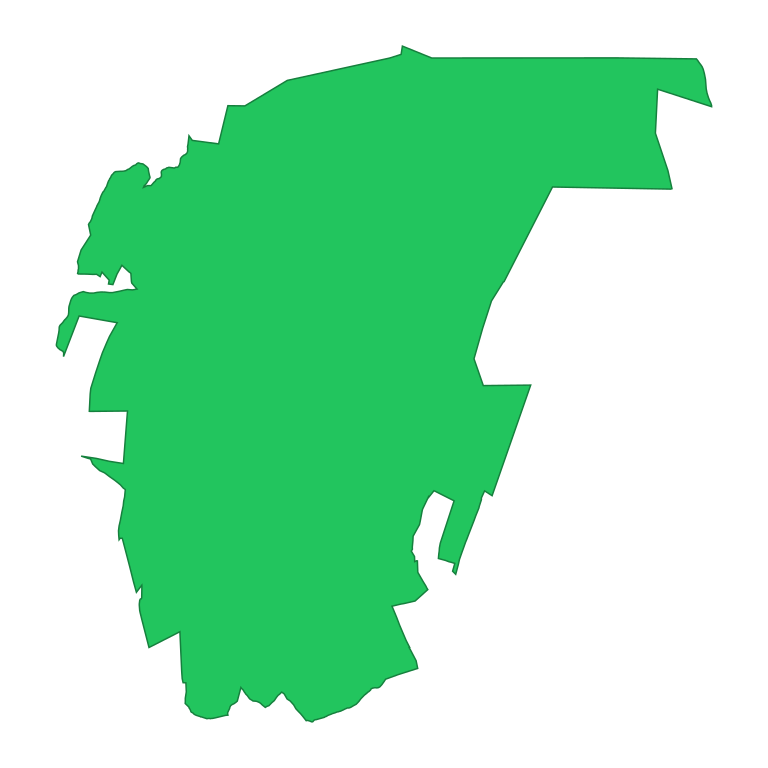 Acacoyagua, Chiapas, Mexico (Equal Earth projection)
{"feature_id": "50627088B49299512853097", "entity_name": "Acacoyagua", "entity_type": "district", "adm_level": 2, "iso_a3": "MEX", "parent_name": "Mexico", "parent_adm1": "Chiapas", "projection": "equal_earth", "projection_center": [-92.715, 15.405], "detail": "fine", "context": "isolated", "style": "filled", "palette": "green", "viewbox_px": 768, "rotation_deg": 0, "n_neighbors": 0, "source": "geoboundaries", "source_scale": "gbopen_adm2", "svg_char_len": 6005}
<svg xmlns="http://www.w3.org/2000/svg" viewBox="0 0 768 768"><path d="M227.9,715.2L227.6,713.3L227.9,712.0L228.5,710.9L229.0,709.7L229.6,708.6L229.8,707.4L230.7,705.6L232.5,704.3L233.2,704.1L234.3,703.5L234.8,703.1L235.7,702.5L237.3,701.1L240.9,687.5L241.9,688.8L242.7,689.4L243.6,690.7L244.4,692.1L245.2,693.1L245.6,693.9L247.3,695.6L249.3,698.4L250.1,699.2L251.6,700.0L253.0,701.0L254.5,701.1L255.0,701.1L256.8,701.4L259.0,702.3L260.0,702.9L260.8,703.5L262.2,704.9L265.3,707.4L267.0,706.3L268.9,705.7L271.8,702.7L274.3,700.6L276.5,697.3L278.1,695.3L279.7,694.1L281.7,692.1L284.2,693.9L287.1,699.0L290.2,701.0L293.7,704.9L295.9,708.8L298.6,711.7L300.5,713.6L302.6,716.1L306.2,720.7L307.0,720.4L308.2,720.6L309.9,721.1L311.2,721.7L312.0,721.9L312.8,721.7L314.1,720.2L315.1,719.7L316.0,719.7L324.5,717.3L325.2,716.7L326.4,716.4L327.9,715.4L331.1,714.2L332.4,713.6L335.1,712.8L337.0,712.0L338.4,711.8L339.5,711.4L340.7,711.1L341.9,710.5L342.9,710.1L344.8,709.1L347.6,707.9L348.8,708.0L349.8,707.7L350.8,707.3L353.8,705.5L356.1,704.3L357.6,702.8L359.0,701.3L360.6,699.1L361.7,697.9L362.4,697.2L364.8,694.7L365.7,694.3L366.0,693.6L367.1,693.0L367.5,692.4L368.7,691.7L369.3,691.2L369.9,690.6L370.5,690.1L371.1,688.9L372.4,688.2L374.9,687.7L376.9,687.9L378.5,687.6L379.9,686.8L381.9,684.6L384.1,681.5L385.6,679.2L398.2,674.6L417.7,668.4L416.1,660.7L410.3,649.6L409.2,647.7L409.7,647.5L406.1,640.4L399.7,625.4L396.7,617.5L392.0,606.2L400.7,604.1L403.8,603.6L415.1,601.0L427.8,589.6L426.8,588.0L425.9,586.1L422.9,581.2L417.8,572.3L417.4,560.9L416.5,560.8L414.7,561.6L414.6,558.4L414.5,556.5L411.3,551.1L412.4,549.3L412.3,547.2L412.9,540.8L413.1,536.2L419.5,524.6L420.3,520.8L422.3,510.1L422.7,508.9L428.5,496.8L428.7,497.3L434.0,490.7L454.1,500.8L440.3,543.1L439.4,547.9L439.2,551.1L438.8,553.9L438.4,558.5L445.4,560.4L449.1,561.8L450.9,562.2L454.8,563.4L452.6,571.2L455.7,574.3L458.3,564.6L459.5,559.3L462.2,551.6L463.3,548.6L465.6,542.1L466.5,540.0L468.6,534.5L474.2,520.1L475.6,516.2L478.9,508.0L479.3,506.2L481.4,499.7L481.4,497.9L484.6,490.9L492.1,495.7L530.7,385.1L483.3,385.6L474.0,358.8L482.7,328.1L491.5,300.9L503.3,282.0L504.1,281.6L552.5,187.0L670.7,189.1L672.0,188.7L667.9,170.5L655.4,133.2L657.6,89.2L711.6,106.7L711.6,105.5L710.8,103.0L709.5,100.3L708.4,97.5L707.0,93.0L706.2,88.8L705.5,79.4L704.4,73.7L703.2,69.2L702.1,66.7L700.9,64.9L699.2,62.7L697.8,60.6L696.4,58.9L617.4,57.9L431.7,58.0L402.4,46.1L401.1,54.4L389.4,58.1L287.3,80.4L244.9,105.9L227.9,105.7L218.6,143.9L192.3,140.4L189.0,135.8L188.0,144.3L187.5,146.7L187.7,148.1L187.6,149.9L187.7,150.9L187.4,152.0L187.0,152.9L186.3,153.9L185.7,154.1L185.4,154.5L184.9,154.8L183.8,155.2L181.8,156.9L181.0,157.9L180.5,158.8L180.2,162.4L179.9,163.2L179.5,164.6L179.0,165.6L178.4,166.4L177.7,167.3L175.8,167.2L174.3,168.1L172.9,167.8L168.9,167.3L168.1,167.6L166.8,167.9L166.1,168.4L165.6,168.9L163.6,169.4L163.3,169.7L162.5,170.0L161.8,170.7L161.5,171.3L161.2,172.1L161.5,174.9L161.4,175.7L161.4,176.5L160.9,177.1L160.4,177.6L158.9,178.7L158.3,178.6L156.9,179.1L156.3,179.7L155.6,180.3L155.3,181.2L154.0,182.2L151.2,185.5L150.6,185.6L148.3,185.6L147.5,185.6L144.4,187.0L143.5,187.4L144.3,185.5L145.3,184.8L146.1,183.8L146.7,183.0L147.6,181.5L149.5,178.7L150.0,177.7L149.9,176.8L149.6,175.9L148.6,171.4L148.2,168.5L147.5,167.6L146.4,166.5L143.1,164.0L142.3,163.8L140.1,163.5L139.3,163.1L138.2,162.9L137.5,163.3L136.8,163.7L135.8,164.8L134.9,165.2L134.0,165.4L132.4,166.3L129.2,168.9L127.8,169.4L127.0,169.9L125.8,170.7L124.8,170.9L123.3,171.2L121.5,171.3L120.3,171.3L115.7,171.6L114.8,172.0L114.0,172.6L113.5,173.3L112.7,174.2L111.9,174.9L111.2,176.0L110.7,177.3L110.1,178.2L109.7,178.7L109.3,179.8L108.5,181.0L107.5,183.7L107.0,185.2L106.6,186.5L105.8,187.6L103.9,191.1L102.9,192.1L102.2,193.5L101.4,195.1L100.3,197.9L99.5,200.8L98.8,202.5L98.1,203.6L96.9,205.9L96.4,207.3L95.6,208.9L92.4,215.9L91.9,218.4L91.0,220.4L90.6,221.2L90.0,222.2L89.2,223.1L88.7,224.2L88.5,224.5L90.7,235.1L81.1,250.0L77.5,261.8L78.5,265.6L78.5,266.8L78.5,268.8L78.1,270.1L78.1,271.3L77.6,273.5L78.4,274.0L86.9,274.1L92.9,274.4L96.6,274.3L100.1,276.6L102.0,272.1L109.2,280.2L108.5,284.0L112.9,284.6L117.0,274.1L121.9,265.3L129.1,272.0L130.1,272.6L130.9,273.5L131.4,281.1L131.5,281.9L131.8,283.1L137.0,289.1L132.5,289.9L127.3,289.5L123.5,290.3L119.7,291.2L112.5,292.6L109.5,292.6L104.9,292.1L101.1,292.0L96.9,292.4L93.6,293.1L89.8,293.1L85.9,292.4L83.3,291.6L79.0,292.9L76.1,294.6L73.9,295.4L72.4,297.2L71.6,298.5L70.8,300.4L69.0,306.5L68.9,307.4L68.8,308.2L68.7,312.5L68.5,314.1L68.3,315.3L68.0,315.8L67.5,316.5L67.2,317.2L66.0,318.5L65.7,319.0L65.0,319.5L63.7,321.1L62.8,322.5L60.1,325.2L59.6,326.1L59.3,326.8L59.2,327.6L59.1,330.1L58.7,332.9L56.4,344.4L56.4,345.4L56.6,346.0L57.8,347.7L58.4,348.3L59.5,349.2L60.0,349.7L60.9,350.1L62.0,350.8L62.9,351.3L63.6,352.6L63.7,353.7L63.5,356.6L79.1,316.0L117.2,322.7L109.5,336.4L106.9,342.2L102.4,352.8L100.1,359.4L95.8,372.3L90.8,388.3L90.2,393.8L90.0,397.7L89.3,411.3L90.0,411.4L127.5,411.0L123.4,463.5L109.3,461.3L96.3,458.4L81.1,456.1L87.6,458.2L90.6,459.0L92.7,464.0L95.3,466.6L99.7,470.6L104.5,472.8L109.5,476.6L114.5,480.1L120.4,484.8L123.3,488.1L125.3,489.5L124.6,497.0L123.7,501.0L123.2,505.9L121.9,512.0L120.3,520.7L119.1,525.9L118.5,530.7L118.7,535.3L119.1,539.7L120.2,538.2L122.3,538.3L129.7,566.6L131.9,575.4L133.6,582.2L136.4,592.3L141.8,585.2L141.9,586.3L141.7,597.4L141.7,597.7L141.7,597.9L141.2,598.8L140.4,599.0L140.0,599.7L139.7,600.4L139.6,601.3L139.3,603.9L139.3,605.4L139.7,610.6L139.9,611.4L140.1,612.5L140.9,615.7L141.7,619.0L149.0,647.5L179.9,631.7L181.7,671.4L182.2,678.7L183.1,682.7L185.9,682.8L186.3,691.9L185.3,698.2L185.3,701.7L185.2,703.5L187.8,706.0L189.0,707.3L189.3,708.4L189.9,709.1L190.2,709.6L191.0,711.8L191.4,712.2L192.7,712.8L194.2,714.3L196.2,715.3L200.6,716.7L200.8,716.9L201.0,716.8L201.7,717.0L206.9,718.7L208.1,718.5L208.9,718.4L209.7,718.5L210.3,718.7L210.9,718.5L212.6,718.4L215.5,717.8L225.4,715.4L227.3,715.2L227.9,715.2Z" fill="#22c55e" stroke="#15803d" stroke-width="1.5"/></svg>